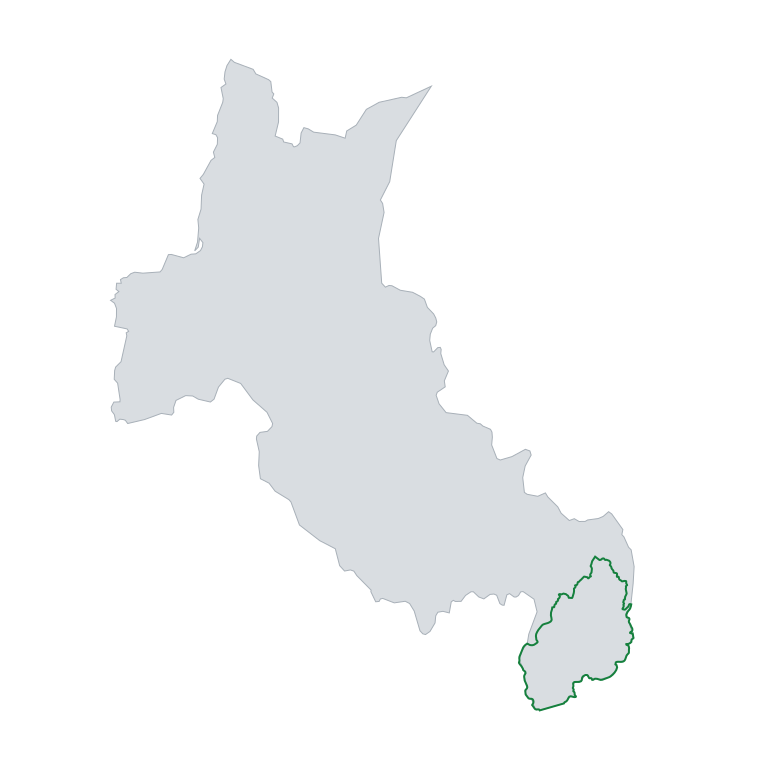 Pakistan, with Northern Areas highlighted, rotated 98°
{"feature_id": "PAK-1111", "entity_name": "Northern Areas", "entity_type": "Centrally Administered Area", "adm_level": 1, "iso_a3": "PAK", "parent_name": "Pakistan", "parent_adm1": "", "projection": "albers", "projection_center": [74.17, 35.776], "detail": "fine", "context": "in_parent", "style": "outline", "palette": "green", "viewbox_px": 768, "rotation_deg": 98, "n_neighbors": 0, "source": "natural_earth", "source_scale": "10m", "svg_char_len": 9589}
<svg xmlns="http://www.w3.org/2000/svg" viewBox="0 0 768 768"><g transform="rotate(98 384 384)"><path d="M674.9,160.7L685.5,184.3L684.0,189.4L676.4,193.6L673.4,198.6L669.9,200.9L664.9,200.2L654.9,204.2L650.2,204.2L638.5,211.6L629.4,210.3L619.9,206.0L611.5,205.8L588.3,200.7L576.2,205.5L570.2,217.4L570.8,219.7L574.8,221.4L576.6,223.6L576.8,225.5L574.1,230.5L575.7,233.0L586.4,234.3L586.5,236.2L585.3,238.7L577.5,243.0L576.7,245.9L577.6,249.7L582.9,255.2L581.7,260.5L577.3,266.6L577.6,268.9L582.0,273.8L588.5,277.4L589.4,283.1L588.6,285.3L590.4,287.1L601.6,287.5L600.9,294.0L602.5,298.9L606.3,300.5L613.5,300.2L622.6,304.0L626.3,308.0L626.0,310.8L623.4,314.0L604.6,322.5L597.8,328.1L596.2,332.7L599.3,343.4L596.5,355.4L597.4,357.7L600.0,358.6L600.8,361.9L591.5,368.1L589.9,368.1L577.6,384.2L573.5,387.8L572.8,391.4L574.7,397.0L570.1,402.6L553.9,409.3L548.1,425.8L535.4,448.1L513.8,459.7L511.8,462.0L505.3,476.9L498.2,484.0L495.0,493.2L482.2,496.8L468.4,498.1L456.2,502.7L453.3,502.8L449.2,500.1L447.1,492.8L441.8,489.0L438.6,488.8L428.3,495.9L418.0,511.6L403.4,526.0L400.1,539.5L401.4,542.2L410.1,547.5L422.7,550.2L426.0,553.4L424.9,565.8L422.5,571.8L423.1,578.8L429.2,587.7L436.5,589.1L441.3,588.2L444.3,590.0L444.1,600.4L452.5,616.1L458.8,632.3L455.9,635.1L455.5,637.1L455.6,640.7L458.4,643.2L458.3,644.5L451.9,646.7L448.5,650.0L444.9,650.9L439.5,649.0L438.4,643.0L436.0,643.2L420.2,647.9L416.9,651.8L408.2,652.6L404.6,652.1L398.5,647.5L372.1,645.4L369.2,646.4L367.4,644.2L365.2,646.1L364.3,658.9L354.8,658.3L346.4,659.4L341.5,662.1L339.2,666.4L336.3,662.2L332.8,662.8L329.4,659.4L327.5,662.5L321.4,662.8L320.8,658.2L317.3,659.5L315.1,656.9L314.3,653.5L310.0,650.1L308.0,646.4L307.8,638.2L304.2,621.4L301.5,619.6L285.9,615.5L285.3,612.6L286.9,600.0L282.3,593.1L281.3,588.5L277.4,584.3L273.4,582.9L269.2,583.0L265.4,586.9L274.3,587.0L278.5,590.0L269.4,588.4L255.3,589.2L247.0,591.2L236.3,589.5L222.4,590.9L211.1,590.0L206.0,594.8L201.6,592.1L186.6,586.4L183.2,583.1L178.1,585.2L169.8,582.4L163.2,583.1L160.5,585.2L159.9,588.9L147.4,585.6L141.2,586.2L127.5,582.9L123.8,582.9L113.1,586.7L108.9,582.3L104.3,584.7L97.0,584.9L90.5,583.8L83.8,580.8L86.3,576.9L90.6,557.4L94.8,554.0L98.7,540.6L100.3,538.2L110.4,535.5L112.1,533.5L116.4,534.5L120.0,529.2L125.3,526.8L139.2,524.9L153.6,526.3L155.6,518.4L158.3,517.0L159.0,508.5L161.6,506.7L161.6,505.6L160.1,503.0L156.9,500.7L147.0,501.0L141.3,499.0L141.9,494.5L144.4,488.7L144.1,466.9L146.0,456.7L138.6,456.1L131.5,447.5L114.5,439.7L105.7,428.0L97.6,406.4L97.5,401.7L82.5,378.6L141.3,405.7L182.8,406.5L202.3,413.2L205.4,410.5L214.1,407.8L240.6,409.7L284.5,400.3L287.9,396.1L285.7,392.7L285.6,389.8L288.9,380.9L289.2,368.5L292.1,360.3L294.3,355.8L302.1,351.7L307.7,344.6L311.5,341.9L315.2,340.4L319.0,340.9L322.0,343.6L328.3,345.1L334.5,344.8L345.4,340.8L345.3,339.3L340.5,335.8L339.9,333.4L341.8,332.2L346.0,332.0L356.6,327.1L362.2,322.0L372.5,324.7L378.3,323.0L384.7,330.1L387.9,330.8L396.0,326.7L403.7,318.5L403.4,297.0L409.9,286.6L410.0,283.1L411.9,280.2L414.1,272.2L416.6,270.4L421.6,269.3L429.4,268.9L442.1,261.8L443.1,258.3L438.1,247.2L429.0,234.9L430.0,230.2L433.9,228.4L445.6,232.8L457.4,233.6L471.8,229.9L473.3,226.9L473.8,216.1L469.4,209.0L473.0,206.1L481.5,194.8L487.3,190.6L493.4,181.5L490.9,176.8L493.0,171.7L492.1,165.7L490.3,163.4L487.4,153.1L484.6,148.5L479.2,143.8L481.0,140.4L494.9,127.2L500.1,127.5L501.9,125.2L511.6,119.1L513.8,116.2L530.0,110.9L547.2,109.5L569.7,108.8L579.1,111.5L598.5,102.4L601.7,102.4L608.5,105.9L614.2,104.4L617.4,105.0L624.4,107.5L627.1,115.0L628.4,115.6L632.3,114.0L635.6,114.7L643.2,120.7L646.5,130.1L646.5,139.4L644.3,142.9L644.6,144.6L650.2,147.3L653.0,154.0L656.7,154.7L667.1,151.1L667.7,156.1L674.9,160.7Z" fill="#d9dde1" stroke="#a8b0b8" stroke-width="1"/><path d="M646.5,126.7L646.9,128.4L646.3,131.9L646.4,133.6L646.6,134.3L647.5,135.3L647.9,135.9L648.0,136.7L647.6,137.0L646.9,137.3L646.5,137.9L646.5,138.4L646.8,139.2L646.7,139.6L646.6,140.0L646.3,140.2L644.6,141.4L644.2,141.8L643.9,142.5L644.1,144.0L645.0,145.3L646.0,146.4L647.2,146.9L649.9,147.0L650.9,147.5L651.8,149.1L652.1,150.8L652.3,152.5L652.7,154.1L653.7,154.9L654.5,155.0L656.2,154.5L657.0,154.4L657.7,154.5L658.3,154.7L658.8,154.7L660.1,153.7L660.7,153.7L661.3,153.8L662.0,153.7L662.2,153.4L662.6,152.7L663.0,152.4L663.3,152.3L663.7,152.2L664.5,152.1L665.3,151.9L666.6,150.5L667.3,150.7L667.6,152.1L667.2,155.6L667.9,157.0L669.1,157.6L671.7,158.5L672.9,159.3L673.7,160.5L674.2,161.0L674.8,161.3L675.3,161.4L685.5,184.3L685.3,184.4L684.7,185.3L684.8,186.4L685.2,187.6L685.0,188.9L684.4,189.7L682.4,191.5L681.7,192.2L681.3,192.6L680.7,192.5L679.8,191.9L678.8,191.7L677.5,191.8L676.3,192.3L675.5,193.0L675.2,194.0L675.4,196.3L675.1,197.2L671.9,200.4L671.5,200.6L668.4,201.4L667.8,201.4L667.2,201.2L665.6,200.1L664.3,199.9L662.9,200.4L658.1,203.4L654.3,204.5L653.1,204.5L650.8,203.6L649.6,203.9L649.0,204.4L648.3,205.7L647.9,206.3L647.6,206.5L646.7,206.8L644.4,208.6L642.3,210.8L641.6,211.4L641.0,211.6L639.4,211.4L638.7,211.4L636.6,211.9L635.1,211.9L625.6,209.5L624.2,208.8L622.7,207.7L622.1,207.1L621.6,206.3L621.2,206.0L621.3,205.5L622.1,203.5L622.2,202.1L622.0,200.6L621.4,199.2L620.5,198.1L618.8,196.3L618.1,196.0L617.5,196.2L616.2,197.4L615.5,197.7L614.1,198.0L613.3,198.3L612.2,198.5L610.5,198.5L608.4,197.9L606.0,196.9L601.1,194.0L600.1,193.1L599.3,191.7L597.9,188.5L597.0,187.1L596.0,185.9L594.9,185.3L594.0,185.2L592.2,185.7L590.0,186.5L587.1,186.8L583.9,186.3L582.0,186.3L582.0,186.0L582.0,185.9L581.8,185.7L581.3,185.3L581.2,185.1L581.2,184.9L581.3,184.6L581.2,184.5L581.1,184.4L580.4,184.4L578.9,184.3L578.7,184.2L577.8,183.4L577.7,183.1L577.3,183.0L576.8,183.0L576.5,183.1L576.2,183.2L575.8,183.1L574.9,181.9L574.0,181.6L573.6,181.5L573.0,181.8L572.8,181.8L572.6,181.7L571.9,180.9L571.3,180.6L570.9,180.4L570.6,180.4L569.7,180.3L569.4,180.5L568.6,181.3L568.3,181.5L568.1,181.5L568.0,181.4L567.8,181.2L567.6,180.8L567.5,180.5L567.5,180.4L567.6,180.2L567.7,179.5L567.7,179.3L567.7,179.1L566.6,177.2L566.6,176.8L566.7,175.6L566.7,175.2L566.8,174.6L567.6,173.3L568.0,172.4L568.5,172.0L569.4,171.5L569.8,171.4L570.0,171.2L569.9,170.6L569.8,168.8L569.8,168.6L569.6,167.9L569.1,167.7L564.6,167.0L562.4,167.0L560.2,167.4L558.8,166.3L558.0,166.1L556.9,166.7L556.4,165.8L556.3,165.3L555.9,165.0L555.6,164.8L555.3,164.7L554.9,164.6L554.7,164.6L554.0,164.6L553.4,164.5L553.3,164.4L553.1,164.3L553.0,163.9L552.9,163.7L552.7,163.4L551.3,162.5L550.5,161.7L547.3,159.4L547.1,159.2L546.9,159.0L546.9,158.7L546.9,158.1L547.1,155.9L547.1,155.7L547.9,155.0L548.0,154.8L548.0,154.7L547.9,154.5L547.8,154.3L546.8,153.6L546.4,153.3L545.9,152.8L545.8,152.5L545.7,152.4L545.4,152.5L545.1,152.9L544.8,153.1L544.7,153.2L544.4,153.2L544.1,153.3L543.7,153.2L543.2,153.0L542.9,152.9L542.6,152.7L542.1,152.4L541.8,152.3L541.6,152.3L538.1,152.4L537.5,152.6L536.2,153.4L535.8,153.9L535.3,154.0L533.8,153.6L530.5,153.2L525.6,150.9L528.2,146.3L528.3,146.1L528.0,145.3L528.0,145.0L527.7,144.6L526.6,143.6L526.5,143.3L526.4,143.2L526.3,142.8L526.2,142.6L526.3,142.3L526.3,141.9L526.4,141.7L527.4,140.6L527.4,140.3L527.4,140.1L527.1,139.4L527.2,138.6L527.6,136.8L527.7,136.6L527.8,136.3L528.1,136.0L528.3,135.7L528.6,135.4L529.1,135.0L529.6,134.9L530.0,134.8L530.3,134.8L530.7,134.8L531.7,135.2L531.9,135.2L532.1,135.1L532.8,134.1L533.0,133.9L533.7,133.4L534.2,133.2L534.7,133.1L534.9,132.9L535.3,132.7L536.6,131.2L536.9,130.9L537.2,130.8L538.3,130.5L538.6,130.3L538.8,130.0L538.9,129.8L538.9,129.6L538.9,129.0L538.9,128.0L539.1,127.2L539.3,127.0L539.6,126.8L540.3,126.7L541.4,126.7L542.2,126.6L542.4,126.5L542.5,126.4L542.5,126.1L542.5,125.8L542.2,125.2L542.3,124.9L542.5,124.7L544.4,124.0L544.8,123.7L545.1,123.3L545.2,123.0L545.4,122.4L545.5,122.2L545.9,121.5L546.3,120.9L546.3,120.7L546.2,120.3L545.7,118.9L545.5,118.3L545.5,117.4L545.5,117.0L545.6,116.8L545.7,116.7L546.4,116.6L547.6,116.4L548.0,116.2L549.0,115.4L549.4,115.3L549.7,115.6L550.3,116.1L550.6,116.3L551.5,116.1L552.4,116.0L553.0,116.1L553.3,116.1L553.9,115.9L557.5,114.6L557.9,114.6L558.8,114.8L560.9,115.5L561.1,115.6L561.8,115.5L562.2,115.5L562.4,115.5L562.6,115.7L562.8,115.7L563.0,115.6L563.5,115.4L563.8,115.5L564.1,116.0L564.3,116.2L564.5,116.4L564.6,116.5L564.8,116.5L565.7,116.5L566.0,116.5L566.4,116.7L566.6,116.7L566.8,116.7L567.2,116.5L567.8,115.8L568.1,115.7L568.3,115.8L568.6,115.9L569.3,116.2L569.5,116.2L570.3,115.7L570.5,115.7L570.9,115.7L571.9,116.0L572.7,116.3L573.4,116.5L573.5,116.4L573.8,116.3L573.8,116.1L573.8,115.5L573.8,115.3L574.0,114.9L574.0,114.7L573.8,113.9L573.6,113.6L573.2,113.3L571.3,111.9L570.8,111.4L570.3,111.1L569.9,111.0L568.7,110.7L568.4,110.6L568.0,110.4L567.8,110.1L567.8,109.9L567.7,109.4L567.8,108.5L569.9,108.6L572.0,109.0L573.1,109.5L575.9,111.3L576.9,111.5L578.0,111.9L579.0,112.0L581.0,111.3L581.3,110.8L581.5,109.4L581.7,108.8L582.2,108.4L582.8,108.2L585.1,108.5L585.9,108.2L587.6,106.8L590.5,105.0L591.4,104.2L592.8,103.8L593.5,103.8L594.2,104.0L594.5,104.2L595.1,105.1L595.8,105.7L596.3,105.6L596.6,104.2L596.7,103.9L596.7,103.6L596.7,103.3L596.5,103.0L597.2,102.7L599.4,102.1L600.6,101.6L601.2,101.7L601.7,102.4L602.6,103.2L605.1,103.2L606.3,104.2L607.3,105.7L607.5,106.2L607.7,107.5L607.9,107.9L608.4,107.7L608.6,107.3L608.9,106.0L609.2,105.5L609.7,105.1L610.3,104.9L611.5,104.5L612.8,104.5L615.8,104.1L616.4,104.2L616.9,104.5L617.9,105.3L619.1,106.0L623.2,106.8L624.5,107.4L625.4,108.3L626.0,109.6L626.3,111.2L626.4,113.0L626.7,114.6L627.4,115.7L629.5,115.8L629.7,115.4L629.8,115.0L630.0,114.6L632.2,113.7L634.9,114.2L637.7,115.5L639.9,117.0L642.0,118.9L642.8,119.9L646.5,126.7Z" fill="none" stroke="#15803d" stroke-width="2"/></g></svg>